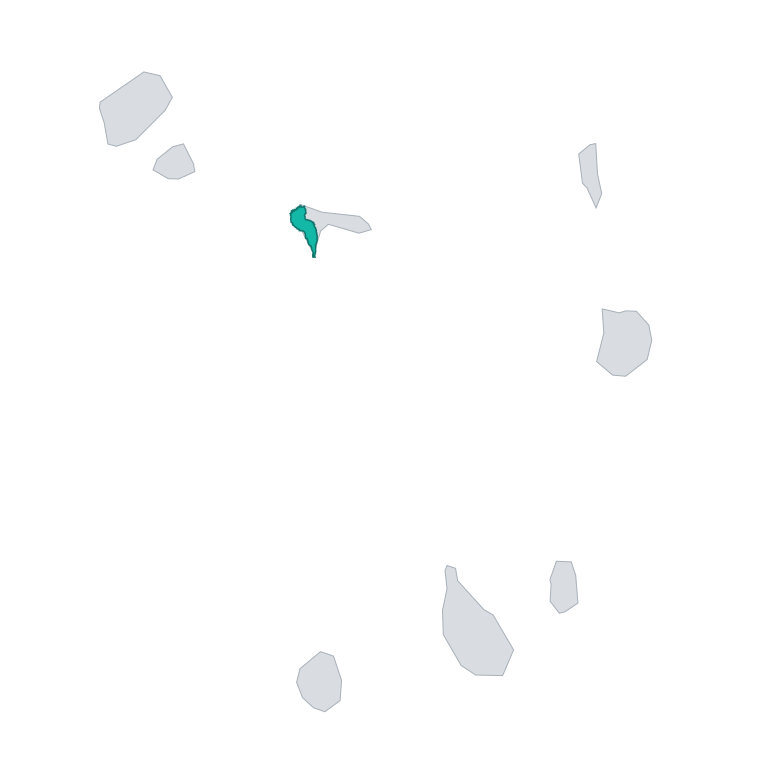 Sao Francisco De Assis, Tarrafal de São Nicolau, Cabo Verde (highlighted), rotated 357°
{"feature_id": "66160863B96931694342339", "entity_name": "Sao Francisco De Assis", "entity_type": "district", "adm_level": 2, "iso_a3": "CPV", "parent_name": "Cabo Verde", "parent_adm1": "Tarrafal de São Nicolau", "projection": "equal_earth", "projection_center": [-24.37, 16.575], "detail": "fine", "context": "in_parent", "style": "filled", "palette": "teal", "viewbox_px": 768, "rotation_deg": 357, "n_neighbors": 0, "source": "geoboundaries", "source_scale": "gbopen_adm2", "svg_char_len": 6258}
<svg xmlns="http://www.w3.org/2000/svg" viewBox="0 0 768 768"><g transform="rotate(357 384 384)"><path d="M499.5,656.3L487.2,681.4L460.2,679.4L446.3,669.1L430.1,637.4L430.6,613.0L436.2,591.8L435.2,573.4L437.5,568.6L445.8,571.8L447.2,584.2L471.8,614.4L480.9,620.4L499.5,656.3ZM149.0,127.0L129.2,132.6L120.9,129.9L118.2,108.3L114.3,94.0L115.2,87.7L160.5,59.8L176.5,64.4L187.6,86.7L180.0,99.0L149.0,127.0ZM605.8,320.4L622.7,325.3L629.1,323.6L639.9,324.6L651.5,339.0L653.7,354.2L648.1,373.3L625.7,388.9L612.8,387.1L597.5,372.8L606.2,344.6L605.8,320.4ZM323.6,697.8L307.8,708.2L296.7,703.7L286.2,692.9L281.1,677.3L285.2,663.9L306.6,648.0L319.3,653.1L326.1,677.8L323.6,697.8ZM368.3,215.3L376.7,223.3L379.4,229.1L367.0,232.1L336.8,221.6L328.7,228.0L320.7,250.6L305.3,216.4L306.4,203.9L309.7,200.2L331.1,209.2L368.3,215.3ZM552.7,621.0L547.1,622.1L538.5,609.7L540.4,592.7L539.4,588.2L546.9,570.0L561.7,571.5L565.4,585.0L566.2,612.9L552.7,621.0ZM206.2,162.0L189.6,168.5L179.3,167.7L164.5,158.1L169.2,147.7L185.2,136.1L196.3,133.7L205.3,154.3L206.2,162.0ZM611.4,205.3L605.0,219.3L597.0,198.8L592.7,193.9L590.5,164.5L602.3,155.8L608.0,155.0L608.2,185.4L611.4,205.3Z" fill="#d9dde1" stroke="#a8b0b8" stroke-width="1"/><path d="M313.8,201.9L313.8,202.4L313.7,202.3L313.5,202.5L313.4,202.4L312.7,203.0L312.2,203.0L311.6,203.2L311.3,203.2L311.1,202.9L311.1,203.0L311.0,202.7L311.0,202.8L310.9,202.8L310.9,202.6L310.7,202.3L310.5,202.2L310.4,202.2L310.4,202.3L310.3,202.2L310.2,202.3L310.1,202.2L310.1,202.3L310.0,202.5L309.7,202.3L309.6,202.5L309.4,202.3L309.1,202.2L308.9,202.2L308.8,202.6L308.9,202.3L308.8,202.9L308.5,202.5L308.2,202.5L308.2,202.4L308.2,202.6L308.1,202.8L307.9,202.8L308.0,203.0L307.7,203.1L307.4,202.9L307.3,203.0L307.2,202.8L307.2,203.2L307.1,203.3L307.0,203.2L306.9,203.3L306.9,203.2L306.9,203.6L306.8,204.0L306.7,204.2L306.4,204.1L306.5,204.3L306.1,204.2L305.9,204.5L305.8,204.3L305.7,204.3L305.7,204.5L305.9,204.8L305.7,205.1L305.7,205.3L305.4,205.4L305.2,205.5L305.1,205.3L304.7,205.6L304.4,205.4L304.4,205.5L304.3,205.3L304.2,205.2L303.9,205.3L303.8,205.5L303.7,205.5L303.7,205.3L303.6,205.7L303.4,205.5L303.2,206.0L303.2,206.3L302.9,206.0L302.6,206.2L302.4,206.4L302.4,206.1L302.2,205.9L302.0,206.0L302.0,206.3L302.0,206.1L301.7,206.0L301.7,205.9L301.6,206.0L301.4,206.3L300.9,206.3L301.0,206.6L301.4,206.6L301.5,206.9L301.6,207.2L301.4,207.6L301.2,207.7L301.0,207.4L300.8,207.3L300.9,207.2L300.7,207.2L300.6,207.5L300.5,207.4L300.4,207.9L300.3,208.2L300.2,208.2L300.0,208.5L299.9,208.6L300.0,208.7L299.9,208.7L299.8,209.1L299.7,209.1L299.8,209.2L299.7,209.3L299.8,209.5L299.7,209.6L299.8,209.7L299.6,209.8L299.5,210.0L299.6,210.3L299.6,210.6L299.4,210.6L299.5,210.6L299.5,211.0L299.7,211.4L299.8,211.5L299.9,212.0L299.8,212.5L300.0,212.9L299.7,213.6L299.5,213.8L299.4,214.3L299.5,214.9L299.5,215.1L299.4,215.1L299.5,215.1L299.6,215.5L299.7,216.6L299.7,216.9L299.8,217.0L299.7,217.6L300.3,218.2L300.8,218.2L301.1,218.6L301.3,219.4L301.1,219.6L301.0,219.8L301.1,220.1L301.3,220.5L301.6,220.8L302.1,220.8L303.1,222.2L303.8,222.7L303.8,222.9L304.1,223.0L304.3,223.1L304.6,223.4L304.8,223.4L305.2,223.9L305.3,224.1L305.6,224.2L305.6,224.5L305.9,224.4L306.3,224.7L307.5,225.6L307.5,225.8L307.6,225.7L307.6,225.9L307.8,226.2L308.0,226.2L308.1,226.3L308.3,226.5L308.5,226.4L309.2,226.7L309.7,226.7L310.1,226.6L310.7,226.8L311.4,227.2L311.6,227.3L311.8,227.4L312.4,227.9L312.7,228.8L312.7,229.0L313.2,229.5L313.4,230.1L313.3,230.3L313.1,230.5L312.9,230.3L313.1,230.7L313.4,231.1L313.4,231.4L313.4,231.6L313.2,231.9L313.4,233.0L313.2,233.3L313.2,233.7L313.3,234.0L313.5,234.2L313.5,234.4L313.7,234.6L314.0,234.7L314.2,234.9L314.4,234.8L314.6,234.8L314.8,234.6L314.9,234.9L315.1,235.2L315.0,235.4L315.1,235.8L315.3,236.2L315.3,237.0L315.7,237.6L315.6,237.8L315.7,238.1L315.6,238.3L315.6,238.5L315.8,238.6L315.9,239.0L315.7,239.1L315.8,239.2L315.7,239.3L315.8,239.5L315.9,239.8L316.0,239.7L316.1,239.8L316.0,240.1L316.3,240.3L316.5,240.7L316.5,241.0L316.8,241.4L317.7,242.0L317.8,242.0L318.0,242.0L318.5,242.9L318.5,243.1L318.4,243.1L318.9,244.0L318.8,244.4L318.9,244.6L318.8,244.9L319.3,246.7L319.5,247.6L319.7,248.0L319.9,248.4L320.1,248.6L320.2,249.1L320.2,249.5L320.3,249.9L320.0,250.5L319.8,250.4L319.7,250.6L319.7,251.0L319.9,251.3L319.9,251.8L319.8,252.1L319.6,252.1L319.6,252.4L319.6,252.7L319.6,253.1L319.8,253.3L319.7,253.6L319.8,253.7L320.0,253.7L320.2,253.3L320.5,252.7L321.1,252.7L321.1,252.9L321.4,253.1L321.5,253.4L321.7,253.5L321.8,254.1L322.1,254.4L321.9,254.0L321.6,253.2L321.6,252.7L321.4,252.2L321.6,251.6L322.1,250.4L322.4,249.9L322.3,249.4L322.4,248.8L322.7,248.3L322.7,246.8L322.5,246.3L322.8,245.6L322.8,244.8L322.9,244.2L322.7,243.9L323.0,243.5L323.0,242.8L322.9,242.5L323.0,242.3L322.8,242.1L323.1,241.8L323.4,240.7L323.7,240.4L323.9,240.0L323.8,239.6L323.7,239.5L324.3,238.4L324.5,238.1L324.6,237.3L324.9,236.7L324.9,236.4L324.7,236.2L324.7,235.5L324.6,235.2L324.8,234.9L324.9,234.7L324.8,234.1L325.1,233.7L325.0,233.0L325.1,232.5L325.0,232.0L324.5,231.3L324.6,230.9L324.4,230.7L324.5,230.4L324.5,230.2L324.8,230.0L324.5,229.4L324.5,228.8L324.3,228.6L324.1,228.0L324.2,227.6L324.5,227.2L324.4,227.0L324.4,226.5L324.0,226.2L324.1,225.8L323.9,225.6L323.8,225.3L323.7,225.0L323.6,224.7L323.7,224.3L323.4,224.2L323.2,223.6L323.0,223.4L322.8,223.4L322.7,223.2L322.6,222.9L322.7,222.6L322.7,222.4L322.6,221.9L322.8,221.6L322.6,221.6L322.4,221.2L322.2,221.1L322.3,220.8L322.2,220.7L322.3,220.7L322.1,220.1L322.2,219.8L322.5,219.8L322.5,219.7L322.3,219.5L322.0,219.0L321.5,219.1L321.3,218.9L321.1,218.7L321.1,218.4L320.8,218.4L320.4,218.3L320.1,217.7L319.8,217.5L319.4,217.6L318.6,216.8L318.2,216.7L318.1,216.9L317.9,216.9L317.8,216.7L317.4,216.5L317.0,216.7L316.8,216.6L316.4,216.1L316.1,216.0L315.9,216.0L315.7,215.8L314.3,215.8L314.1,215.6L313.9,215.1L313.8,214.4L313.9,214.2L313.8,213.6L313.9,212.8L313.9,212.6L313.5,212.3L313.4,211.9L313.5,211.7L313.4,211.4L313.7,211.0L313.8,210.4L314.1,210.3L314.3,209.8L314.5,209.9L315.0,209.3L315.1,209.2L315.0,208.5L314.8,208.2L314.9,207.7L314.9,206.9L314.8,206.7L314.7,206.7L314.6,206.2L314.8,205.7L314.9,205.4L314.5,204.9L314.4,204.9L314.0,204.2L314.0,203.9L313.9,203.6L313.8,203.4L314.0,202.9L314.0,202.7L313.9,202.6L313.8,201.9Z" fill="#14b8a6" stroke="#0f766e" stroke-width="1.5"/></g></svg>